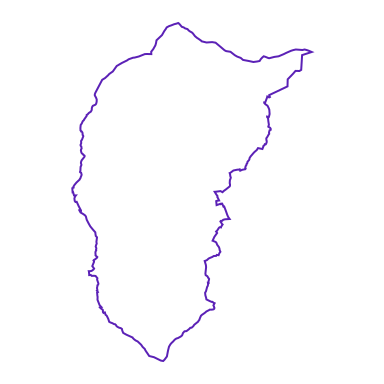 outline of Prundu Bargaului, Bistrita-Nasaud, Romania
{"feature_id": "2599482B22681076252841", "entity_name": "Prundu Bargaului", "entity_type": "district", "adm_level": 2, "iso_a3": "ROU", "parent_name": "Romania", "parent_adm1": "Bistrita-Nasaud", "projection": "natural_earth1", "projection_center": [24.734, 47.226], "detail": "fine", "context": "isolated", "style": "outline", "palette": "violet", "viewbox_px": 384, "rotation_deg": 0, "n_neighbors": 0, "source": "geoboundaries", "source_scale": "gbopen_adm2", "svg_char_len": 5865}
<svg xmlns="http://www.w3.org/2000/svg" viewBox="0 0 384 384"><path d="M163.2,361.0L164.5,359.7L166.9,356.5L168.0,350.7L169.0,346.7L170.4,344.3L171.6,342.9L173.0,341.6L174.8,339.6L176.4,338.5L177.9,338.1L180.8,336.5L182.1,335.4L183.0,333.0L184.5,331.3L186.5,331.1L189.2,329.0L190.3,327.8L191.6,327.7L193.3,326.2L194.2,324.8L198.2,321.6L198.6,320.7L199.4,319.8L199.8,318.4L201.0,315.7L202.0,314.8L203.5,313.8L205.4,312.4L206.3,311.5L208.9,310.2L209.8,309.6L211.1,309.7L212.9,309.5L213.6,309.3L214.0,309.0L214.3,308.6L214.4,307.9L214.3,307.5L214.1,307.3L214.0,306.5L213.4,305.5L213.7,304.8L214.6,303.2L214.4,303.1L213.6,302.9L213.3,302.5L212.3,301.8L211.7,301.9L209.8,301.1L206.4,299.4L206.1,297.7L205.4,295.4L205.1,292.8L206.0,291.2L207.1,287.0L207.7,286.0L208.1,284.3L207.9,282.7L208.6,282.7L208.4,282.1L209.1,279.0L208.8,278.4L208.0,277.6L207.7,276.7L207.3,276.2L205.7,275.2L205.4,273.6L206.1,267.2L205.9,265.1L204.7,261.0L206.8,260.2L208.7,258.5L210.2,257.8L212.2,257.0L213.8,256.0L216.1,255.9L216.8,254.9L218.6,255.2L219.4,253.1L220.4,251.8L219.7,250.2L219.4,248.4L218.9,247.1L217.2,244.8L216.4,242.8L215.7,242.0L212.6,240.7L214.4,236.8L217.1,233.0L216.1,231.5L217.0,230.8L218.9,227.9L219.4,227.4L219.8,227.2L221.0,227.4L221.1,226.8L222.6,224.5L222.0,224.0L221.7,223.4L220.4,221.5L220.8,220.9L222.2,220.8L223.2,219.8L225.0,219.3L229.6,219.0L228.2,217.0L227.3,215.0L225.9,211.0L224.2,206.5L223.5,206.7L222.2,203.7L220.9,204.1L220.8,203.7L216.6,205.1L216.2,201.1L217.0,200.8L219.1,200.5L217.9,198.0L217.3,197.0L217.5,196.1L216.2,194.3L214.7,191.8L216.0,191.7L220.5,191.1L222.5,192.2L223.7,191.0L225.8,189.5L229.7,186.4L230.0,185.6L230.0,184.2L229.7,183.2L229.9,180.1L230.5,178.7L230.8,177.6L230.3,176.1L230.1,174.5L229.7,173.1L230.1,173.0L233.4,170.5L237.2,169.7L238.4,169.7L239.7,169.3L240.2,170.7L242.2,169.8L245.3,169.2L245.6,168.5L245.2,168.2L245.6,166.2L246.3,165.3L246.5,164.1L247.2,163.4L247.5,161.8L249.0,160.1L249.4,159.3L249.5,158.4L249.8,157.6L250.2,157.1L250.6,156.4L251.4,155.5L253.7,152.8L254.7,151.8L256.8,150.0L258.0,148.1L262.4,149.0L263.2,147.0L263.3,146.1L264.2,145.4L264.8,144.2L265.6,144.4L266.1,143.8L266.7,142.1L266.7,140.9L266.4,140.1L266.3,138.3L267.2,137.1L268.6,134.6L269.2,133.8L269.0,132.4L269.6,130.3L270.7,129.8L270.7,128.8L270.1,127.8L268.3,126.7L268.9,124.7L268.3,121.0L268.2,119.7L268.0,118.2L267.1,117.0L267.1,116.6L268.8,117.0L269.1,116.1L269.6,114.0L269.3,109.7L268.6,107.9L267.5,105.7L265.2,104.1L265.1,103.6L264.2,102.9L264.2,102.4L265.0,102.4L265.3,102.2L267.0,97.7L267.3,96.5L269.1,97.4L269.9,97.0L269.4,96.1L269.2,95.1L287.5,86.4L287.7,79.3L293.1,73.7L295.5,70.9L299.4,71.0L301.2,69.9L302.1,55.1L311.7,52.0L308.9,50.8L306.9,50.1L304.6,49.5L302.4,50.0L295.8,49.5L293.2,50.1L291.0,50.8L286.2,52.9L283.8,54.1L278.6,56.3L274.4,56.9L269.3,58.2L268.5,58.1L265.3,56.8L263.7,56.3L262.4,57.4L260.8,59.1L259.6,61.0L257.1,61.5L253.4,62.0L248.8,61.0L244.5,60.2L243.0,59.9L240.7,57.9L237.2,56.6L234.8,55.2L230.5,51.8L226.1,51.1L224.6,50.3L215.6,42.7L212.2,42.1L206.5,42.5L201.6,41.3L201.3,40.8L198.2,38.6L197.3,38.1L195.0,36.2L192.8,33.3L191.8,32.4L190.1,31.5L188.6,30.4L187.5,29.1L185.1,28.4L183.7,27.4L181.8,26.8L179.6,24.2L179.1,23.8L178.8,23.4L178.2,23.0L176.6,23.6L174.2,24.2L171.2,25.4L169.1,26.1L166.7,27.4L165.9,28.8L164.2,31.2L162.0,35.1L156.5,40.3L156.0,43.2L155.4,45.3L153.2,49.2L151.2,51.7L151.3,54.1L146.9,54.0L144.8,54.1L138.8,56.5L134.5,57.6L133.1,57.7L128.6,59.3L127.1,60.4L121.8,63.0L116.7,66.0L112.8,71.5L110.6,73.0L109.0,74.2L108.2,75.2L105.0,78.1L102.2,79.8L95.4,92.7L94.8,94.3L94.8,95.4L96.0,97.6L96.7,99.4L96.7,101.1L96.5,102.4L96.1,103.8L95.4,104.7L92.9,105.8L92.3,106.6L91.8,108.2L91.8,109.4L91.6,110.3L90.8,111.7L88.8,113.0L88.2,113.7L87.6,114.4L86.7,114.9L86.6,116.0L84.0,119.7L83.8,120.3L82.8,121.1L81.7,123.6L81.0,124.5L80.7,125.0L80.4,128.0L80.5,130.4L80.8,130.6L81.0,130.9L81.1,131.4L81.6,131.4L82.4,132.5L82.6,133.8L82.6,134.9L83.1,135.5L83.3,136.2L82.0,139.7L81.5,140.3L81.2,140.7L81.1,141.4L81.2,143.1L81.0,143.8L80.5,145.0L80.8,146.0L81.3,146.5L81.6,148.5L81.0,149.6L80.9,150.5L81.3,152.3L81.5,152.8L82.1,153.6L82.8,154.0L83.4,154.9L84.3,155.4L84.6,155.8L84.6,156.4L84.3,157.0L81.6,160.4L81.1,161.8L80.9,163.0L81.4,164.7L81.3,165.3L80.6,166.8L80.5,168.3L80.4,170.7L80.0,172.0L80.2,172.3L81.1,172.7L81.6,174.6L81.4,175.6L80.9,176.6L80.5,178.0L79.8,179.0L79.7,179.5L76.5,182.5L74.5,184.9L73.4,186.7L73.6,187.6L72.3,188.2L72.6,192.3L73.1,192.2L74.0,195.4L75.9,195.4L75.2,196.3L74.5,198.0L74.4,198.4L74.5,199.3L74.6,200.2L74.8,201.1L75.5,202.0L76.7,201.8L78.7,206.2L81.0,210.5L81.0,210.8L80.7,210.8L80.3,210.2L79.9,210.0L79.3,210.2L80.1,211.7L80.6,212.5L83.3,214.1L85.1,215.4L85.9,216.5L86.7,219.7L88.6,223.4L90.3,226.4L93.0,229.7L95.3,232.3L95.5,234.2L95.8,236.0L96.7,236.9L97.0,237.4L96.4,241.9L96.7,243.6L96.0,245.3L95.7,246.6L96.2,247.8L96.3,248.4L96.3,248.9L96.0,249.8L96.2,250.5L95.6,251.4L95.4,252.8L95.6,254.8L95.5,255.3L96.1,256.0L97.3,257.0L97.1,257.6L95.4,259.1L93.9,260.0L93.5,260.5L94.0,261.3L94.0,261.9L92.3,266.1L94.1,268.6L93.4,269.6L91.6,270.9L90.0,271.2L88.8,271.2L89.0,272.0L89.0,273.0L89.2,273.8L89.2,275.1L90.8,275.0L91.8,275.9L92.9,275.8L94.5,275.8L95.6,276.0L97.4,278.2L97.1,279.6L98.4,283.5L98.2,284.6L97.4,285.3L97.4,286.2L97.0,288.0L97.4,290.2L96.9,290.6L97.9,292.1L97.1,292.6L97.4,296.0L97.6,296.7L97.5,299.8L99.5,304.9L99.8,305.4L101.4,307.1L100.0,307.5L100.7,308.3L102.5,309.6L102.9,310.1L102.9,311.8L103.1,312.4L103.5,312.9L104.1,312.5L104.9,312.4L105.5,314.7L106.7,315.7L108.2,318.7L109.2,321.8L110.5,322.5L112.4,323.2L114.0,324.1L115.0,324.2L116.0,325.1L116.4,325.9L116.7,326.3L117.9,327.1L119.1,327.7L120.7,328.1L121.9,328.9L122.3,330.7L123.2,332.9L126.4,334.7L132.6,337.5L132.8,338.0L134.1,339.3L135.7,340.5L137.6,341.4L141.2,344.8L142.6,346.9L144.8,349.0L145.4,350.4L149.2,356.0L154.0,357.2L160.9,360.6L163.2,361.0Z" fill="none" stroke="#5b21b6" stroke-width="2"/></svg>